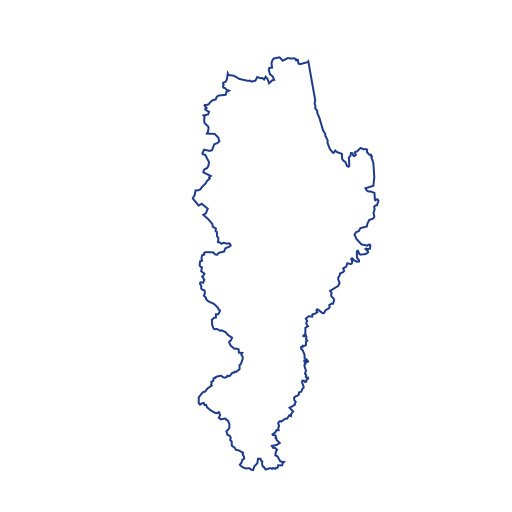 Phouvong, Attapu, Laos, rotated 113°
{"feature_id": "54806243B34270486399712", "entity_name": "Phouvong", "entity_type": "district", "adm_level": 2, "iso_a3": "LAO", "parent_name": "Laos", "parent_adm1": "Attapu", "projection": "mercator", "projection_center": [107.075, 14.518], "detail": "fine", "context": "isolated", "style": "outline", "palette": "blue", "viewbox_px": 512, "rotation_deg": 113, "n_neighbors": 0, "source": "geoboundaries", "source_scale": "gbopen_adm2", "svg_char_len": 6123}
<svg xmlns="http://www.w3.org/2000/svg" viewBox="0 0 512 512"><g transform="rotate(113 256 256)"><path d="M56.4,283.9L57.4,284.3L62.2,290.4L62.2,292.2L59.1,294.1L59.2,295.1L60.2,295.5L59.1,296.9L59.1,298.2L60.3,300.2L61.4,304.1L65.8,307.7L63.9,311.9L67.3,316.9L69.6,317.4L72.4,317.1L76.3,314.8L77.7,317.3L79.5,317.0L83.2,314.2L84.2,310.8L86.8,308.1L88.1,309.8L91.9,311.4L88.7,314.4L87.2,317.1L90.4,317.5L89.7,319.9L90.6,321.2L90.8,324.8L94.9,325.1L97.2,328.2L96.9,330.0L97.9,331.8L99.5,340.4L98.7,346.9L100.2,352.0L99.0,353.3L104.9,351.8L107.3,352.0L109.4,353.9L110.3,353.7L111.1,352.6L112.9,352.7L113.8,351.6L113.5,350.3L114.4,348.5L114.4,345.5L116.5,347.3L119.5,346.9L122.9,353.1L124.6,354.3L127.8,354.3L129.0,356.3L131.9,358.1L134.7,358.8L136.4,360.5L136.9,362.1L137.6,362.2L139.0,359.4L140.2,360.3L141.1,359.8L141.7,355.5L144.5,355.5L147.1,359.3L148.3,357.5L150.9,357.0L153.7,355.3L155.5,350.7L156.5,349.7L160.4,348.8L162.5,349.0L159.8,341.8L161.7,337.0L164.8,334.5L167.1,335.7L169.5,338.1L175.8,337.8L177.4,339.8L178.4,345.3L182.3,345.5L183.1,344.6L182.7,342.3L188.0,335.9L191.7,335.0L194.5,335.5L195.9,337.1L198.5,337.5L199.6,337.1L200.0,328.9L201.9,329.9L202.8,328.8L205.9,330.4L209.1,330.8L214.0,332.9L216.2,333.1L218.0,334.7L219.3,337.3L223.5,336.3L227.7,336.7L232.0,328.5L229.1,326.4L231.3,318.9L236.3,318.8L238.7,320.6L240.7,314.5L243.5,308.8L246.0,307.2L246.3,303.7L248.9,302.9L249.2,301.4L253.1,299.5L254.1,297.6L258.1,296.4L257.7,294.8L258.2,292.5L256.4,290.8L256.1,287.8L254.7,285.3L256.0,283.5L257.1,283.6L260.9,287.2L264.4,287.1L267.5,291.4L270.1,292.3L270.5,294.3L269.4,296.8L271.3,302.0L272.4,304.2L273.6,305.0L274.9,304.2L276.5,305.9L279.6,305.2L281.4,303.8L282.7,305.4L286.7,304.2L287.5,303.0L287.6,301.3L291.5,300.5L292.4,296.6L295.1,296.8L295.9,297.5L298.2,294.2L301.3,294.3L301.9,296.8L303.3,296.8L305.1,294.6L307.2,293.8L307.9,292.8L307.9,289.8L310.4,288.4L312.9,288.5L313.8,285.9L315.0,285.4L316.3,282.5L316.5,276.0L318.5,270.8L319.9,269.6L320.0,268.1L321.1,267.7L324.4,268.0L325.3,270.1L328.2,268.9L329.3,270.4L331.9,271.7L336.6,269.4L339.4,266.7L339.6,265.6L338.5,263.6L338.7,259.4L337.8,258.5L338.0,254.2L339.7,250.9L340.5,246.2L343.1,246.0L345.6,247.2L346.7,246.3L348.5,244.1L349.8,239.6L349.0,238.2L348.7,235.5L351.7,234.0L350.6,230.8L352.5,231.0L353.9,229.0L355.6,228.1L361.3,227.7L362.8,228.5L366.7,226.9L370.5,229.1L370.9,230.5L371.9,230.6L372.8,232.1L376.9,233.4L377.5,235.6L378.4,235.4L380.1,236.9L380.5,238.9L379.8,241.3L382.0,244.6L383.3,245.9L384.2,245.8L385.0,247.2L387.9,246.6L389.2,248.0L390.9,247.0L392.0,247.1L392.6,246.1L396.6,248.7L400.7,249.9L402.2,251.7L408.4,253.5L413.9,251.2L414.7,249.4L413.4,248.8L411.7,246.8L413.3,245.1L412.5,243.7L414.3,242.2L415.7,237.8L416.4,232.4L415.8,230.2L414.3,229.4L414.4,228.7L416.6,226.9L419.5,227.0L420.1,224.5L417.7,221.0L417.5,220.4L418.4,219.5L418.4,217.7L421.1,214.8L424.3,213.5L426.5,213.6L428.9,214.8L431.8,212.3L431.7,210.0L433.3,208.2L435.4,207.9L436.4,205.8L440.0,204.2L440.9,200.7L442.3,198.7L441.7,196.4L442.1,191.0L443.8,190.8L445.2,188.9L447.2,187.7L449.0,189.0L451.5,188.6L454.5,189.3L455.6,186.1L455.6,182.4L453.9,179.2L454.6,176.7L454.2,175.1L450.1,175.3L446.3,173.8L441.8,174.9L440.9,172.6L442.6,170.9L442.7,169.9L445.2,169.1L447.2,167.4L447.1,166.3L448.8,163.7L445.6,159.9L445.6,158.0L444.4,157.4L444.4,155.2L443.2,154.8L442.5,153.4L440.0,153.8L438.5,150.1L436.4,150.5L434.7,149.8L435.6,153.3L432.0,158.0L432.0,160.3L428.2,161.3L426.1,160.9L425.2,163.5L425.9,165.3L424.6,167.2L421.8,163.1L418.8,161.1L417.3,165.2L416.0,165.9L415.9,166.9L414.7,166.9L413.6,167.9L414.2,170.7L413.8,171.1L410.6,169.2L408.5,169.2L407.5,167.1L405.8,168.3L403.2,168.4L401.5,170.2L399.6,170.1L398.5,169.2L398.6,168.1L394.4,165.5L393.6,163.9L389.6,163.1L389.7,161.3L387.7,161.9L384.6,161.1L382.6,165.8L377.8,162.1L376.8,162.6L374.8,162.4L373.6,164.5L371.7,165.6L369.7,164.8L369.0,163.7L366.8,162.4L364.8,163.1L363.1,161.3L360.0,161.4L358.9,160.7L357.4,161.3L354.4,164.2L352.6,164.6L352.1,163.4L352.8,161.5L352.0,160.7L350.5,161.2L348.5,160.1L347.6,160.8L348.1,162.0L347.8,162.9L345.9,163.3L345.2,165.0L342.1,165.1L338.9,168.0L337.1,168.9L336.1,168.4L333.9,170.5L333.3,169.7L333.9,167.6L332.6,166.9L331.4,169.2L331.6,171.1L327.7,172.9L324.4,176.4L324.0,178.0L322.3,178.9L321.5,177.6L320.4,178.0L319.9,176.4L318.4,175.2L315.3,176.6L313.9,175.7L313.0,177.5L310.9,177.8L309.3,179.4L311.2,180.4L311.1,181.2L308.4,180.2L302.7,182.5L300.3,180.7L298.9,183.1L297.6,183.7L295.9,183.4L294.2,185.7L290.9,183.9L289.8,180.5L287.7,181.3L285.8,178.9L283.7,177.6L282.6,179.1L281.5,179.1L281.0,178.2L282.5,172.9L282.3,171.3L278.3,170.6L276.0,168.6L274.4,168.2L272.5,169.4L270.2,167.7L269.8,166.4L266.2,166.8L265.0,167.7L263.7,170.8L262.4,171.7L260.6,171.8L259.2,174.2L251.5,168.7L248.2,168.5L245.4,171.2L243.9,171.8L241.0,171.4L239.2,171.8L237.1,169.7L235.4,169.0L233.2,170.9L230.6,168.8L227.0,169.1L226.4,165.6L225.5,164.9L223.4,165.1L221.6,167.2L220.9,167.0L220.5,166.2L221.4,164.9L221.9,160.9L220.8,159.0L219.5,159.7L218.1,162.4L212.8,164.8L211.6,164.7L211.3,164.3L213.8,161.6L213.9,160.4L211.3,155.7L208.9,154.3L208.0,154.7L206.8,157.9L206.0,157.4L206.3,156.4L204.7,153.9L201.5,154.9L201.0,155.9L201.9,157.1L202.9,157.4L204.1,163.5L201.2,170.0L197.8,173.7L195.0,173.2L192.9,171.1L189.6,170.8L185.5,165.5L182.8,166.1L178.5,165.8L175.7,162.7L173.4,162.5L170.3,164.7L166.8,165.0L164.7,166.4L163.0,166.0L162.1,164.5L157.4,164.8L156.4,166.1L156.8,167.2L158.1,167.7L158.0,168.4L151.7,171.6L151.7,175.0L152.7,177.9L152.4,179.7L150.9,181.7L145.5,175.4L137.0,178.0L124.4,184.4L119.9,188.5L119.1,188.2L118.8,189.1L117.8,189.6L118.5,191.3L116.9,194.6L114.7,195.2L114.7,196.7L115.7,198.5L115.7,202.0L120.3,203.9L121.4,205.4L122.3,205.4L124.0,203.6L125.7,204.7L125.7,205.4L123.7,207.6L124.1,208.8L127.1,208.2L129.1,209.0L136.6,205.3L137.7,205.7L137.6,207.4L134.4,210.6L134.2,212.6L133.0,214.6L128.4,216.9L128.7,222.2L128.0,224.3L130.6,224.8L130.9,225.7L128.5,230.0L123.9,234.4L121.7,235.1L118.1,239.3L116.6,239.9L114.0,243.5L104.2,251.5L100.4,255.5L98.3,256.5L97.0,259.1L94.7,259.9L92.8,261.6L89.4,262.4L56.4,283.9Z" fill="none" stroke="#1e3a8a" stroke-width="2"/></g></svg>